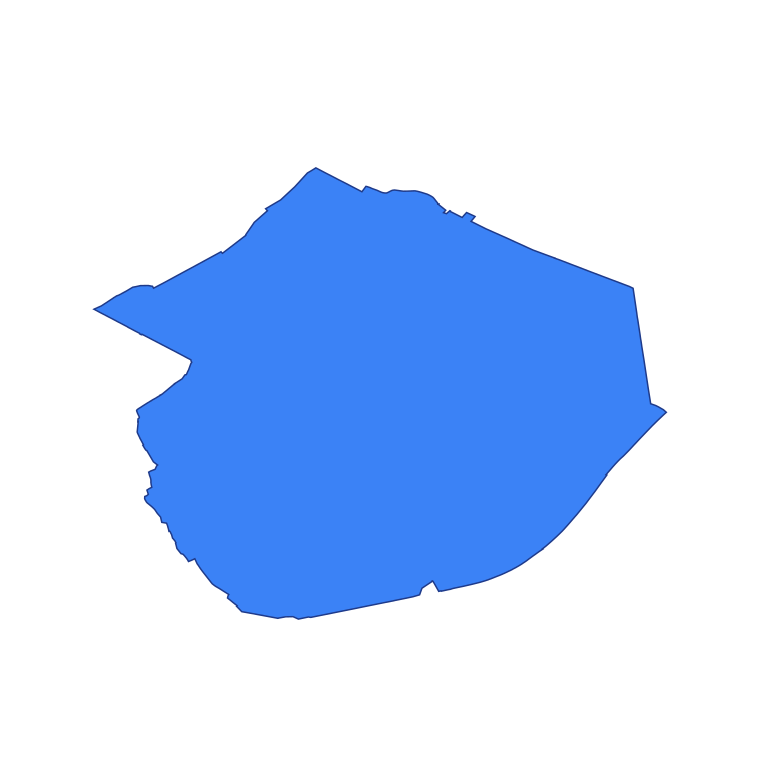 outline of Best, Noord-Brabant, Netherlands, rotated 333°
{"feature_id": "6326949B75137291849873", "entity_name": "Best", "entity_type": "district", "adm_level": 2, "iso_a3": "NLD", "parent_name": "Netherlands", "parent_adm1": "Noord-Brabant", "projection": "natural_earth1", "projection_center": [5.39, 51.516], "detail": "fine", "context": "isolated", "style": "filled", "palette": "blue", "viewbox_px": 768, "rotation_deg": 333, "n_neighbors": 0, "source": "geoboundaries", "source_scale": "gbopen_adm2", "svg_char_len": 5871}
<svg xmlns="http://www.w3.org/2000/svg" viewBox="0 0 768 768"><g transform="rotate(333 384 384)"><path d="M343.9,595.4L347.4,596.3L350.1,597.1L350.7,597.2L351.0,597.2L352.6,597.5L354.2,597.9L363.0,600.3L371.0,602.3L378.3,604.0L380.7,604.5L382.9,604.9L385.1,605.3L385.8,605.4L386.4,605.5L387.1,605.6L387.7,605.7L388.3,605.8L389.0,605.8L389.6,605.9L390.3,606.0L390.9,606.1L391.6,606.1L392.2,606.2L396.7,606.6L399.6,606.9L400.3,607.0L401.0,607.0L401.7,607.1L402.3,607.1L403.0,607.2L403.7,607.2L404.4,607.2L405.0,607.3L405.7,607.3L408.6,607.4L409.5,607.4L410.3,607.4L411.1,607.5L411.9,607.5L412.7,607.5L413.5,607.5L414.3,607.5L415.1,607.4L416.0,607.4L416.8,607.4L417.5,607.4L418.3,607.4L419.0,607.3L419.7,607.3L420.5,607.3L421.2,607.2L422.0,607.2L422.7,607.1L423.4,607.1L424.2,607.0L425.4,606.9L426.7,606.7L429.5,606.4L431.5,606.1L431.8,606.0L439.1,604.8L441.3,604.5L443.8,604.1L446.4,603.7L450.6,603.2L450.3,602.8L450.8,602.7L454.5,602.0L458.1,601.1L461.7,600.2L465.3,599.2L468.9,598.2L472.5,597.1L476.0,596.0L479.5,594.7L482.9,593.4L486.4,592.0L489.8,590.6L493.2,589.2L496.7,587.8L503.5,584.8L506.9,583.3L510.3,581.8L513.7,580.1L517.0,578.5L520.3,576.9L523.6,575.3L530.2,571.9L533.5,570.2L535.9,569.0L541.2,566.3L540.6,565.6L544.8,563.9L546.1,563.4L549.9,561.8L553.5,560.4L557.1,559.1L560.7,557.9L564.5,556.9L568.1,555.7L571.7,554.5L575.3,553.2L578.8,551.9L581.4,551.0L586.5,549.1L596.8,545.5L604.0,543.0L611.3,540.7L618.7,538.5L622.7,537.4L621.3,533.8L618.3,529.2L616.4,526.6L612.6,522.6L612.9,521.9L617.3,508.3L620.7,498.1L626.5,480.7L631.1,466.5L631.2,466.3L632.7,461.8L632.9,461.1L633.0,460.7L634.7,455.8L639.1,442.5L640.1,439.2L641.6,435.0L647.3,418.1L649.4,411.8L647.0,408.6L632.5,392.7L618.7,377.5L596.2,352.5L593.2,349.4L593.4,349.3L592.6,348.5L587.2,342.7L577.6,332.3L574.4,328.3L574.3,328.2L573.3,326.9L565.0,316.5L561.0,311.4L550.4,298.3L545.2,291.9L539.6,284.3L535.4,278.6L540.6,276.4L541.2,276.1L540.4,275.0L540.0,274.5L536.7,270.3L535.4,268.7L531.7,270.1L529.3,271.1L528.8,270.5L524.5,264.6L521.1,260.0L521.6,259.8L521.4,259.5L517.0,260.6L514.8,258.4L517.9,257.2L514.3,249.3L514.5,249.1L514.8,248.5L513.5,248.1L513.8,247.4L513.9,246.8L513.8,246.5L513.1,243.1L513.0,242.4L512.6,240.7L512.3,239.8L511.4,238.2L510.1,236.3L508.7,234.5L504.3,230.2L502.2,228.3L501.4,227.6L500.0,226.5L499.3,226.0L497.9,225.3L493.1,223.1L490.2,221.7L488.8,221.0L486.4,219.4L484.9,218.3L481.7,216.1L481.1,215.8L480.8,215.7L480.0,215.4L479.8,215.3L479.1,215.2L478.8,215.2L478.6,215.1L478.4,215.1L478.0,215.1L477.5,215.1L476.6,215.1L475.2,215.1L474.8,215.1L474.4,215.1L474.0,215.1L473.7,215.0L473.2,215.0L472.9,214.9L472.6,214.8L472.3,214.7L471.9,214.4L471.3,214.1L470.8,213.7L470.2,213.3L469.6,212.8L469.0,212.2L468.5,211.7L465.8,208.3L462.2,204.5L460.7,202.6L458.3,200.2L457.6,199.7L451.6,202.7L449.4,199.6L442.7,190.2L436.1,181.1L431.4,174.5L427.7,169.4L421.4,160.5L415.3,161.0L411.6,161.2L394.0,167.8L384.8,170.4L375.4,173.1L371.5,173.3L358.1,174.1L358.8,176.7L341.7,181.1L339.6,182.3L328.8,188.1L328.5,188.4L328.4,188.8L309.1,192.4L299.4,194.2L298.8,192.6L298.8,192.2L272.6,192.9L248.0,193.5L241.2,193.7L231.6,193.9L222.2,194.0L222.1,191.8L221.6,191.5L218.9,189.4L218.0,188.9L212.3,186.1L211.7,185.8L206.4,184.4L204.1,183.7L196.7,184.2L187.9,184.4L185.7,184.1L184.0,184.3L182.1,184.4L182.0,184.5L167.5,186.1L160.7,185.7L159.5,185.7L163.7,191.7L174.1,206.3L174.4,206.8L181.6,216.9L181.6,217.2L182.8,218.8L186.2,223.7L189.2,227.8L189.0,228.3L189.9,229.6L190.0,229.5L190.6,230.1L191.0,229.9L215.6,264.4L216.3,265.4L220.6,271.6L222.9,274.7L222.7,275.4L222.5,276.4L222.6,277.3L221.1,278.2L216.3,282.7L215.9,283.0L215.0,283.6L212.2,285.9L210.9,285.5L210.5,285.6L206.6,287.7L204.1,288.0L198.9,288.5L198.6,288.5L197.8,288.6L197.8,288.8L196.9,289.0L196.8,288.8L196.3,289.0L186.2,291.3L183.0,292.0L182.3,292.2L181.2,292.3L179.6,292.3L179.7,292.5L178.3,292.6L172.5,293.0L171.3,293.0L164.6,293.5L159.2,294.0L156.6,294.3L154.1,294.5L152.9,294.7L152.4,294.8L152.0,295.0L151.6,295.2L151.4,295.7L151.1,298.4L151.1,298.6L151.0,302.4L150.6,303.0L149.0,303.4L147.5,305.9L147.9,306.0L142.3,314.7L142.2,315.1L142.2,315.5L142.1,315.9L142.1,316.1L142.0,319.3L142.0,320.4L141.9,321.4L142.1,329.0L141.3,329.1L141.5,332.6L141.6,333.5L141.8,334.8L142.4,335.9L142.5,335.9L142.6,338.0L143.2,348.6L144.2,350.8L145.5,353.4L145.1,353.5L144.2,353.8L141.3,356.1L136.7,355.6L134.3,355.7L133.8,358.2L133.6,358.9L133.5,360.0L133.3,361.5L133.1,362.3L132.8,363.5L132.3,364.6L131.6,365.9L130.9,367.9L130.2,370.6L129.3,370.6L127.8,370.6L127.2,370.6L124.6,370.9L123.9,375.3L122.0,375.8L119.8,375.6L118.8,377.2L118.7,377.6L118.6,378.3L118.6,379.0L118.6,379.3L118.7,380.1L118.7,381.0L118.8,381.4L118.9,381.9L119.0,382.2L119.1,382.6L121.1,387.1L121.8,388.9L122.7,391.6L123.3,396.4L124.5,401.1L123.2,406.4L127.1,409.3L126.9,410.9L126.9,411.3L126.6,412.9L126.4,413.7L126.2,414.9L125.5,417.6L126.1,417.6L126.4,418.7L126.3,420.8L126.4,421.5L125.7,425.0L125.6,425.3L126.0,426.6L126.2,427.7L126.5,429.1L126.5,429.8L126.5,430.9L126.4,430.9L126.1,431.1L126.0,431.3L125.9,431.5L125.8,432.3L124.8,436.6L126.1,443.0L127.6,444.4L128.2,446.3L128.7,448.7L128.9,449.5L129.2,451.9L129.2,453.4L130.2,453.5L132.5,453.7L134.8,453.8L136.1,453.8L135.9,459.3L135.9,459.5L136.2,461.3L136.3,462.1L136.5,464.1L136.6,465.0L137.2,468.6L140.0,482.9L140.1,483.2L140.2,483.9L141.3,486.3L141.8,487.3L142.2,488.0L144.4,491.4L150.1,501.1L148.8,502.0L147.4,503.6L151.4,512.6L151.5,512.6L152.5,514.9L151.7,515.1L153.9,522.3L159.1,526.2L183.1,544.6L184.1,544.8L190.7,546.8L197.3,550.0L201.0,554.6L203.2,555.2L210.9,557.3L212.8,558.7L257.3,571.2L261.7,572.4L305.8,584.7L313.2,586.7L316.8,587.4L320.0,588.0L325.1,583.2L330.8,582.5L337.0,581.8L337.0,581.4L337.6,581.4L337.9,581.5L338.0,581.7L338.1,582.2L338.3,586.0L338.4,588.5L338.5,590.9L338.6,593.6L339.9,593.9L341.0,594.3L341.0,594.6L343.9,595.4Z" fill="#3b82f6" stroke="#1e3a8a" stroke-width="1.5"/></g></svg>